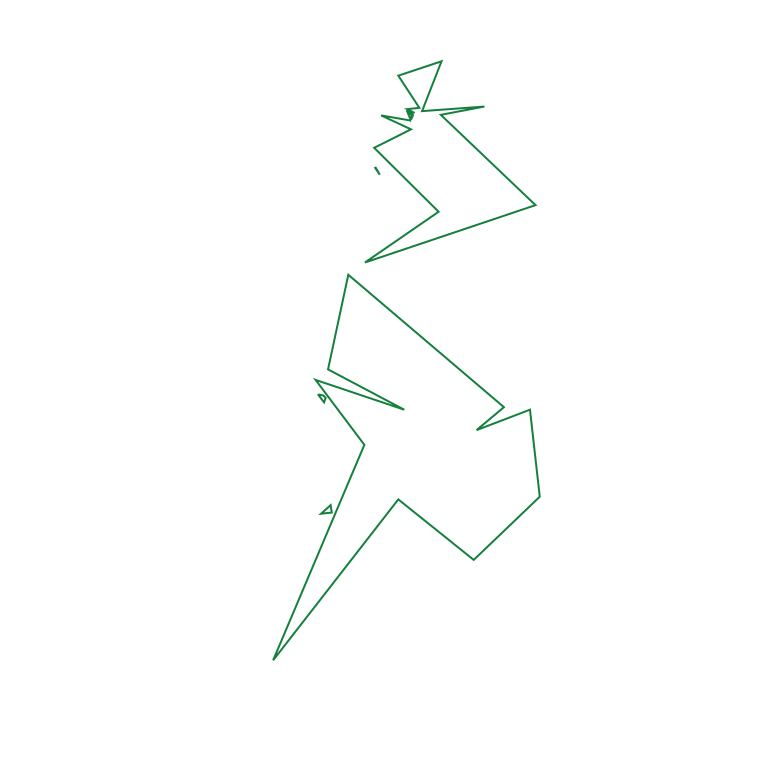 map outline of Newfoundland and Labrador (orthographic projection), rotated 221°
{"feature_id": "CAN-686", "entity_name": "Newfoundland and Labrador", "entity_type": "Province", "adm_level": 1, "iso_a3": "CAN", "parent_name": "Canada", "parent_adm1": "", "projection": "orthographic", "projection_center": [-58.847, 53.496], "detail": "coarse", "context": "isolated", "style": "outline", "palette": "green", "viewbox_px": 768, "rotation_deg": 221, "n_neighbors": 0, "source": "natural_earth", "source_scale": "10m", "svg_char_len": 771}
<svg xmlns="http://www.w3.org/2000/svg" viewBox="0 0 768 768"><g transform="rotate(221 384 384)"><path d="M286.4,102.7L358.9,325.2L438.3,342.2L351.8,377.9L435.8,358.3L482.6,443.0L278.3,445.2L283.9,409.9L257.0,460.4L192.5,401.1L200.9,310.1L297.5,306.3L286.4,102.7ZM575.5,626.1L552.3,665.3L534.3,614.9L490.2,659.3L517.7,624.4L387.0,618.4L478.1,463.2L455.8,549.8L546.4,555.8L530.7,593.9L562.4,584.8L537.6,599.8L537.3,602.3L538.6,606.0L545.3,606.5L538.7,608.6L546.8,606.7L538.5,615.6L575.5,626.1ZM339.1,252.7L346.4,244.8L344.8,257.6L339.1,252.7ZM417.2,330.8L426.3,332.7L426.0,333.5L422.1,335.5L418.9,335.3L417.2,330.8ZM532.2,541.8L524.5,539.2L532.4,541.3L532.2,541.8ZM537.5,601.0L546.4,605.5L539.3,605.0L537.5,601.0Z" fill="none" stroke="#15803d" stroke-width="2"/></g></svg>